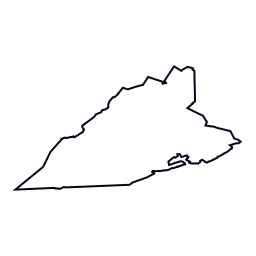 the district of Kubulu pag., Balvu, Latvia
{"feature_id": "27541924B35853557519757", "entity_name": "Kubulu pag.", "entity_type": "district", "adm_level": 2, "iso_a3": "LVA", "parent_name": "Latvia", "parent_adm1": "Balvu", "projection": "robinson", "projection_center": [27.241, 57.178], "detail": "fine", "context": "isolated", "style": "outline", "palette": "ink", "viewbox_px": 256, "rotation_deg": 0, "n_neighbors": 0, "source": "geoboundaries", "source_scale": "gbopen_adm2", "svg_char_len": 5277}
<svg xmlns="http://www.w3.org/2000/svg" viewBox="0 0 256 256"><path d="M15.4,189.6L54.2,187.9L54.4,188.2L55.2,188.2L55.3,188.3L55.5,188.5L55.9,188.7L56.1,188.7L56.4,188.5L57.2,188.3L58.5,188.8L59.2,188.6L59.8,188.9L60.1,188.8L61.2,188.3L63.8,187.0L65.6,187.4L129.5,184.8L132.5,182.6L132.9,182.4L147.4,177.2L154.2,173.5L153.7,172.2L152.2,172.0L152.3,171.5L152.4,171.3L152.6,171.0L153.3,171.1L153.9,171.0L154.2,171.0L154.5,171.1L155.0,171.2L156.4,171.1L157.6,171.2L158.0,171.1L158.4,170.9L158.7,170.9L159.2,171.0L160.0,171.1L160.8,170.9L161.2,171.0L162.6,170.5L162.9,170.4L163.2,170.5L163.6,170.5L164.1,170.4L164.4,170.5L164.5,170.5L165.3,170.3L165.5,170.2L166.3,170.3L166.9,170.2L167.9,170.1L169.2,169.5L170.6,168.7L171.5,168.4L172.2,168.1L172.6,168.0L173.6,168.1L173.8,168.1L174.6,167.7L174.8,167.6L176.3,167.2L176.7,167.0L176.8,166.9L176.9,167.0L177.1,167.0L177.7,167.0L177.8,166.8L178.0,166.7L178.2,166.4L178.3,166.4L178.5,166.4L178.9,166.3L179.1,166.2L179.5,166.0L179.8,165.9L179.9,166.0L180.0,166.0L180.0,165.9L180.5,165.8L180.8,165.7L180.9,165.8L181.0,165.7L181.4,165.4L181.6,165.3L182.1,165.2L183.2,164.8L183.9,164.7L184.0,164.5L185.0,164.4L185.3,164.3L185.3,164.2L185.2,164.0L184.9,164.1L185.0,163.9L184.9,163.5L184.9,163.4L184.4,162.9L183.4,162.2L182.8,161.8L181.8,161.3L181.4,161.3L181.2,161.3L180.6,161.3L180.3,161.4L180.2,161.4L180.1,161.5L179.8,161.5L179.7,161.5L179.2,161.6L178.9,161.8L178.7,161.8L178.4,161.9L178.0,162.0L177.7,162.2L177.3,162.3L176.8,162.4L176.6,162.5L176.1,162.6L175.1,162.9L174.9,163.0L174.5,163.1L173.8,163.5L172.4,163.9L169.1,165.0L168.5,162.2L168.4,161.7L171.0,159.4L171.8,158.8L172.5,158.3L172.7,158.1L173.9,157.2L174.1,157.1L175.3,157.7L177.1,156.3L177.3,156.2L177.9,156.0L177.4,154.2L179.5,154.0L180.3,155.0L180.9,156.0L181.4,157.0L183.6,156.4L184.3,156.1L186.4,155.4L186.5,155.5L186.8,155.6L187.1,155.6L187.1,155.9L187.1,156.0L187.5,156.4L187.4,156.7L187.6,156.8L187.5,157.2L187.6,157.3L187.8,157.3L187.7,157.4L187.8,157.6L187.9,157.8L187.9,158.0L187.1,158.6L186.9,159.0L186.4,159.5L186.6,159.6L186.6,159.8L186.9,160.0L186.7,160.2L186.9,160.4L190.0,161.6L189.8,162.0L189.1,162.4L189.2,162.8L189.3,162.8L189.5,162.9L189.8,162.9L190.1,163.1L190.3,163.2L190.6,163.2L190.8,163.2L191.0,163.4L193.5,163.6L194.9,163.4L195.9,163.4L196.5,163.3L197.8,163.5L198.3,163.5L198.9,163.0L199.3,162.8L199.7,162.6L200.0,162.4L200.1,162.0L200.2,161.8L200.2,161.5L200.2,161.3L200.2,161.0L200.2,160.8L200.4,160.7L201.3,160.2L201.8,159.8L202.0,159.8L202.3,159.8L202.8,160.1L204.2,161.1L204.6,161.3L205.1,161.8L205.3,161.9L205.8,162.3L206.0,162.4L206.5,162.5L207.6,162.4L208.1,161.9L208.3,161.7L208.7,161.5L209.4,161.4L209.8,161.2L210.2,161.1L210.6,161.1L210.9,161.0L211.5,160.5L212.0,160.2L212.8,160.0L213.2,160.0L213.7,159.4L213.8,159.3L214.7,159.0L214.9,158.8L215.6,158.6L216.0,158.3L216.4,158.1L216.8,158.1L217.2,157.9L217.2,157.7L217.3,157.5L217.6,156.8L217.6,156.7L217.8,156.6L218.6,156.5L218.9,156.5L219.2,156.3L219.9,156.0L220.7,155.5L221.4,155.2L222.3,154.6L222.9,154.3L223.9,153.5L224.3,153.3L224.9,153.2L225.4,152.7L226.1,152.5L226.6,152.2L226.9,152.0L227.3,151.8L227.5,151.6L227.9,151.3L228.7,150.6L229.3,150.3L229.5,150.2L230.0,149.6L230.4,149.4L230.7,148.8L230.9,148.7L231.5,148.6L231.8,148.2L232.1,148.1L232.1,147.7L232.0,147.4L231.8,147.3L231.8,147.1L231.8,146.6L231.8,146.4L231.7,146.3L231.5,146.1L230.8,145.8L230.3,145.4L230.0,145.2L235.7,143.4L236.3,143.3L236.9,143.3L237.5,143.3L238.5,143.3L240.1,142.2L240.6,141.8L239.6,140.9L238.5,140.1L237.5,139.6L236.7,139.3L236.5,139.2L236.4,139.2L235.4,138.9L234.9,138.6L234.1,138.4L234.0,138.2L233.8,137.6L232.7,135.5L232.1,134.2L231.0,132.4L230.4,131.1L225.7,130.0L222.4,129.1L218.9,128.3L218.3,128.2L214.5,127.0L213.4,126.5L212.8,126.5L210.3,126.3L205.5,125.5L206.9,121.8L206.4,121.2L203.0,115.8L202.8,115.6L202.4,115.4L198.6,113.7L195.6,112.2L192.9,110.9L190.5,109.6L189.8,109.3L187.4,108.1L192.4,103.8L192.1,103.7L192.5,103.3L194.2,101.9L194.8,101.4L195.1,101.3L195.0,99.9L194.9,91.7L194.8,91.4L194.7,84.9L194.7,83.6L194.6,83.4L194.5,79.3L194.5,76.9L194.5,76.4L194.4,70.7L193.7,70.5L192.5,69.4L193.1,68.8L193.1,68.6L192.1,67.9L187.7,67.0L187.4,66.9L184.4,68.7L183.0,69.3L181.7,70.4L181.6,70.5L181.5,70.8L180.1,70.1L174.1,66.4L165.1,79.9L164.3,81.1L165.1,81.6L165.1,82.3L166.1,82.9L166.1,83.0L162.6,83.6L162.5,83.3L162.4,83.1L162.5,81.7L148.1,77.0L142.9,84.9L138.8,85.9L135.2,86.9L127.8,89.4L122.8,87.7L118.6,93.2L118.4,93.2L118.1,93.3L118.1,93.5L118.3,93.5L117.9,93.7L117.9,93.8L118.0,94.1L114.6,97.1L114.4,97.2L113.1,97.2L112.8,97.3L112.5,97.8L109.5,101.2L108.2,104.7L108.3,106.5L108.4,107.0L107.9,107.7L107.2,108.2L106.0,109.1L105.5,109.3L102.1,110.2L101.9,110.4L101.8,110.6L101.5,111.8L101.0,112.2L100.0,112.7L98.4,113.3L96.5,114.1L96.3,114.1L94.5,116.4L93.3,117.6L82.5,125.5L82.1,125.9L82.1,126.1L82.3,126.9L83.1,128.4L83.6,129.0L84.0,129.4L84.0,129.5L83.8,129.5L83.5,130.0L83.1,131.5L82.9,131.9L74.5,137.2L74.3,137.2L73.6,136.5L73.4,136.9L73.2,136.9L72.8,136.7L72.5,136.7L72.2,136.9L71.8,136.9L71.6,136.9L71.4,137.0L71.2,137.1L70.8,137.0L70.7,137.2L70.1,137.1L69.6,137.3L66.5,138.1L65.5,137.6L64.3,137.8L63.8,137.9L63.3,138.1L62.6,138.7L61.5,138.8L61.6,139.2L61.6,139.5L59.6,141.6L50.5,151.8L49.4,154.0L48.6,155.7L43.2,166.8L15.4,189.6Z" fill="none" stroke="#020617" stroke-width="2"/></svg>